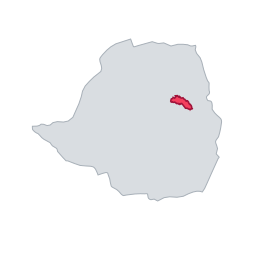 location of Hwedza, Mashonaland East, Zimbabwe, rotated 342°
{"feature_id": "62879985B61982490553927", "entity_name": "Hwedza", "entity_type": "district", "adm_level": 2, "iso_a3": "ZWE", "parent_name": "Zimbabwe", "parent_adm1": "Mashonaland East", "projection": "mercator", "projection_center": [31.714, -18.765], "detail": "fine", "context": "in_parent", "style": "filled", "palette": "rose", "viewbox_px": 256, "rotation_deg": 342, "n_neighbors": 0, "source": "geoboundaries", "source_scale": "gbopen_adm2", "svg_char_len": 4949}
<svg xmlns="http://www.w3.org/2000/svg" viewBox="0 0 256 256"><g transform="rotate(342 128 128)"><path d="M178.9,211.8L176.8,210.4L173.9,209.4L170.2,209.0L165.4,209.2L159.5,210.0L153.2,209.0L146.4,206.3L140.8,205.4L134.1,206.5L133.8,206.6L132.7,205.6L130.9,203.7L127.8,203.3L127.0,202.9L126.3,202.1L125.8,201.2L125.7,200.1L126.2,196.9L125.9,196.5L125.1,196.1L123.4,195.7L119.4,194.3L114.3,192.9L106.1,191.3L102.9,190.9L102.2,190.4L101.3,189.2L99.7,185.5L98.2,183.0L94.7,179.3L94.1,178.1L94.3,175.1L94.6,172.7L94.9,170.6L94.8,168.7L94.7,166.3L94.8,164.7L94.3,164.0L93.1,163.5L89.4,163.3L85.0,163.4L84.9,161.0L84.4,157.2L83.6,155.1L82.6,154.0L80.6,152.8L76.5,151.2L70.9,148.8L66.1,145.2L60.6,140.7L58.9,140.0L56.9,135.8L53.8,128.6L54.0,126.2L53.6,125.1L50.6,121.6L49.9,119.7L49.4,117.9L44.6,112.8L43.0,110.5L41.8,107.7L40.6,105.4L39.5,104.5L38.2,102.9L37.2,101.1L36.8,99.8L37.2,98.0L37.6,96.8L42.1,98.1L44.6,98.2L46.5,97.5L48.9,98.4L51.8,100.7L54.9,101.1L58.3,99.7L62.8,100.1L68.5,102.4L73.3,102.9L78.9,100.8L83.9,95.2L88.7,89.9L93.3,83.7L96.2,78.8L100.3,74.8L105.7,71.7L111.2,69.0L119.7,65.8L121.4,63.2L121.9,60.3L121.9,56.3L122.4,53.7L123.3,52.6L124.7,51.6L126.5,50.4L132.0,47.4L136.7,45.5L142.4,44.2L148.6,44.2L154.6,44.2L158.0,44.2L158.1,48.0L158.3,52.3L159.0,52.7L163.5,52.8L170.7,53.1L177.7,53.4L182.2,56.6L183.6,57.2L188.3,58.1L194.2,63.3L201.3,63.8L206.2,65.4L210.5,67.3L213.0,69.4L214.6,69.9L216.8,70.1L217.8,70.3L217.6,71.8L216.1,74.4L216.3,78.2L218.3,83.5L218.6,88.0L218.0,96.1L218.0,103.9L218.2,106.7L218.5,108.6L219.0,109.6L218.9,110.7L217.7,114.0L216.7,117.5L216.7,118.9L216.3,119.9L215.6,120.7L212.5,122.3L212.0,123.3L212.0,125.1L212.4,126.6L213.6,127.2L215.0,128.0L215.5,129.2L215.5,130.4L215.1,132.6L213.8,136.2L215.1,140.4L216.5,143.2L218.4,146.4L219.2,148.3L219.2,149.7L218.9,151.1L216.0,156.9L213.9,160.5L211.4,164.3L208.0,166.8L207.1,167.9L206.8,169.3L206.9,172.2L206.8,175.2L203.9,179.9L205.7,183.9L205.3,184.3L204.3,184.9L200.2,189.4L196.0,194.0L192.9,197.4L189.5,201.2L185.6,205.5L182.2,209.2L178.9,211.8Z" fill="#d9dde1" stroke="#a8b0b8" stroke-width="1"/><path d="M195.2,129.5L195.2,129.4L195.1,129.2L194.9,128.9L194.9,128.7L194.9,128.4L194.9,128.1L194.9,127.9L195.1,127.7L195.0,127.4L195.0,127.2L195.0,126.9L195.1,126.7L195.0,126.3L195.0,126.2L195.0,125.9L194.9,125.8L194.9,125.7L194.7,125.4L194.5,125.1L194.4,125.1L194.4,124.9L194.5,124.7L194.4,124.5L194.3,124.4L194.2,124.3L194.1,124.2L193.9,124.3L193.8,124.2L193.7,124.1L193.7,123.9L193.7,123.5L193.6,123.4L193.5,123.2L193.6,122.9L193.5,122.7L193.4,122.5L193.4,122.2L193.5,122.1L193.4,121.9L193.4,121.7L193.5,121.6L193.4,121.4L193.2,121.0L193.1,120.7L192.9,120.4L192.7,120.3L192.3,120.4L192.2,120.4L192.1,120.5L192.0,120.4L191.9,120.3L191.6,120.3L191.6,120.2L191.7,119.9L191.6,119.7L191.4,119.4L191.3,119.2L191.2,119.0L191.1,118.9L190.8,118.6L190.8,118.4L190.7,118.4L190.6,118.2L190.4,118.0L190.3,117.9L190.3,117.7L190.1,117.6L190.0,117.4L189.9,117.2L189.8,116.8L189.8,116.7L189.7,116.7L189.4,116.4L189.4,116.2L189.2,116.2L188.9,116.2L188.7,116.2L188.2,116.1L187.9,116.0L187.9,115.9L187.7,115.8L187.6,115.6L187.5,115.4L187.4,115.4L187.2,115.3L187.1,115.2L186.9,115.1L186.7,114.9L186.4,114.7L187.1,114.5L186.9,114.2L186.7,113.7L185.8,113.6L185.2,113.3L185.1,112.5L183.9,112.2L182.9,111.9L182.9,112.4L183.4,113.0L182.4,113.5L181.6,114.1L180.5,112.9L180.4,112.8L180.3,113.0L179.3,113.7L178.6,113.7L178.2,113.7L178.0,113.9L176.9,115.6L177.0,116.1L177.0,116.5L177.3,116.8L177.5,116.8L177.8,116.8L177.9,117.0L178.0,117.0L178.0,116.9L178.4,116.9L178.4,117.0L178.5,117.1L178.7,117.3L178.8,117.4L178.8,117.5L179.0,117.6L179.3,117.7L179.4,117.8L179.5,117.8L179.8,117.8L179.9,117.7L180.0,117.7L180.0,117.8L180.3,117.9L180.4,118.0L180.5,118.1L180.8,118.1L180.9,118.3L180.9,118.5L181.0,118.8L181.1,119.0L181.3,119.1L181.5,119.2L181.8,119.3L181.9,119.6L181.9,119.8L182.0,119.8L182.3,119.9L182.7,120.0L182.8,120.1L183.1,120.1L183.1,120.3L183.2,120.5L183.3,120.6L183.4,120.8L183.6,120.9L183.7,121.0L183.8,121.0L184.0,121.0L184.2,120.9L184.4,120.9L184.3,121.1L184.4,121.3L184.4,121.5L184.5,121.5L184.8,121.6L185.0,121.4L185.3,121.4L185.5,121.4L185.6,121.5L185.8,121.5L185.8,121.3L185.9,121.2L186.1,121.1L186.3,121.2L186.5,121.2L186.7,121.3L186.7,121.5L186.8,121.5L186.9,121.9L187.1,122.4L187.1,122.5L187.3,122.7L187.4,123.0L187.5,123.4L187.6,123.6L187.8,124.3L187.9,124.6L188.1,124.8L188.1,125.0L188.2,125.3L188.3,125.5L188.5,126.0L188.6,126.3L188.6,126.6L188.7,126.8L188.8,126.9L188.8,127.0L189.0,127.1L189.3,127.1L189.5,127.3L189.9,127.4L190.2,127.4L190.3,127.4L190.6,127.8L190.8,127.9L190.8,128.0L191.0,128.1L191.2,128.4L191.2,128.5L191.3,128.6L191.6,128.7L191.7,128.8L191.8,129.0L192.0,129.1L192.3,129.1L192.5,129.2L192.7,129.4L192.8,129.4L192.8,129.5L192.9,129.4L193.0,129.4L193.1,129.5L193.2,129.4L193.3,129.5L193.5,129.6L193.9,129.6L194.2,129.5L194.4,129.5L194.5,129.5L194.7,129.4L194.8,129.5L195.0,129.6L195.2,129.5Z" fill="#f43f5e" stroke="#9f1239" stroke-width="1.5"/></g></svg>